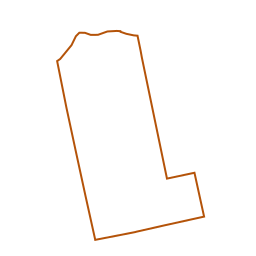 outline of Racine, Wisconsin, United States of America, rotated 258°
{"feature_id": "52423323B56497916427340", "entity_name": "Racine", "entity_type": "district", "adm_level": 2, "iso_a3": "USA", "parent_name": "United States of America", "parent_adm1": "Wisconsin", "projection": "natural_earth1", "projection_center": [-87.993, 42.727], "detail": "fine", "context": "isolated", "style": "outline", "palette": "amber", "viewbox_px": 256, "rotation_deg": 258, "n_neighbors": 0, "source": "geoboundaries", "source_scale": "gbopen_adm2", "svg_char_len": 551}
<svg xmlns="http://www.w3.org/2000/svg" viewBox="0 0 256 256"><g transform="rotate(258 128 128)"><path d="M25.4,72.7L25.4,73.4L24.7,113.8L24.8,114.4L25.2,143.9L25.2,145.8L25.4,170.0L25.5,184.0L39.2,183.9L70.4,183.7L70.4,155.6L194.2,156.2L201.0,156.4L216.3,156.5L217.4,152.9L220.5,145.9L223.4,141.1L223.6,140.7L224.3,140.7L225.3,137.1L226.7,127.9L225.4,118.1L226.1,114.3L226.9,110.8L230.1,105.6L231.3,100.2L228.6,96.1L220.8,90.0L209.6,76.0L208.2,72.6L160.6,72.0L115.6,72.1L70.5,72.3L25.4,72.7Z" fill="none" stroke="#b45309" stroke-width="2"/></g></svg>